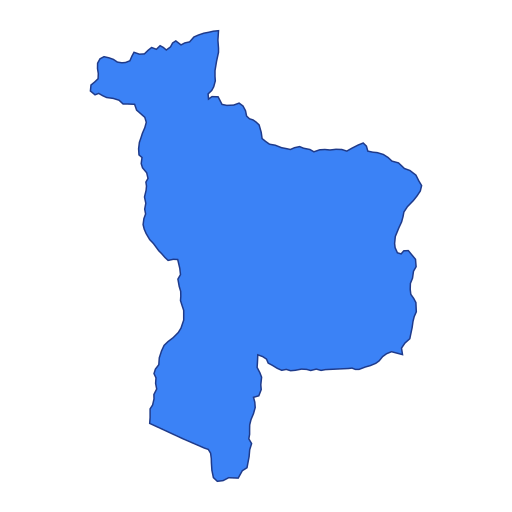 the district of General Salgado, São Paulo, Brazil
{"feature_id": "56859067B40214897962213", "entity_name": "General Salgado", "entity_type": "district", "adm_level": 2, "iso_a3": "BRA", "parent_name": "Brazil", "parent_adm1": "São Paulo", "projection": "natural_earth1", "projection_center": [-50.427, -20.643], "detail": "fine", "context": "isolated", "style": "filled", "palette": "blue", "viewbox_px": 512, "rotation_deg": 0, "n_neighbors": 0, "source": "geoboundaries", "source_scale": "gbopen_adm2", "svg_char_len": 3212}
<svg xmlns="http://www.w3.org/2000/svg" viewBox="0 0 512 512"><path d="M149.7,423.4L183.2,438.9L204.2,448.0L208.3,449.4L210.6,453.2L211.3,458.6L211.4,462.7L211.9,470.3L213.4,477.6L217.3,481.3L223.1,480.6L228.7,477.7L238.2,478.1L242.3,470.7L247.0,467.7L249.1,456.6L249.7,449.7L251.6,443.6L248.8,438.8L249.6,434.4L249.6,429.1L249.7,424.8L251.0,419.6L253.5,413.6L255.2,407.5L254.8,402.2L253.5,397.3L258.8,395.8L261.2,389.6L260.8,384.7L261.6,377.2L259.9,372.8L257.1,367.4L257.4,363.3L257.8,354.8L262.7,356.6L266.5,359.1L268.2,363.1L272.5,365.4L277.2,368.3L281.7,370.3L286.3,369.4L290.6,370.7L295.2,370.3L301.5,369.1L306.7,369.4L310.7,370.5L316.3,369.1L321.1,370.4L325.4,369.6L348.3,368.5L352.0,368.1L355.4,369.4L359.0,369.4L365.3,367.0L370.3,365.6L375.8,363.3L379.1,360.9L382.6,356.6L386.6,353.7L391.5,351.7L402.5,354.6L401.5,348.1L404.9,343.1L409.8,338.7L411.0,332.9L412.1,327.7L413.0,321.4L414.2,316.6L416.3,311.8L416.1,307.3L415.9,302.6L413.8,298.6L410.8,294.3L410.2,289.3L410.4,283.4L412.5,278.2L413.5,271.2L416.1,266.7L415.5,259.3L408.3,250.6L403.8,250.8L401.1,253.9L397.4,252.8L395.1,247.7L394.6,243.5L395.3,236.5L398.9,227.7L401.6,221.9L403.0,216.7L403.9,212.0L407.4,206.7L413.3,200.6L416.9,196.1L420.3,191.0L421.6,185.6L418.7,180.7L415.9,175.1L409.9,170.5L404.4,168.5L398.5,162.9L391.9,161.1L388.2,157.6L383.4,154.5L377.2,152.6L372.8,152.2L367.8,151.1L366.4,146.1L363.2,143.0L358.2,145.0L351.9,148.2L346.8,151.1L341.8,149.5L336.0,149.3L330.0,150.0L324.9,149.5L319.7,149.8L313.9,151.8L309.9,149.5L303.5,148.2L299.6,146.6L294.5,147.7L290.4,149.5L286.3,148.6L281.6,147.7L275.2,145.2L269.5,144.2L265.7,141.5L262.1,138.6L261.2,132.3L259.1,124.9L256.0,122.0L253.0,119.9L249.5,118.8L246.6,116.1L245.5,110.7L243.0,106.0L239.1,103.1L233.6,105.1L226.8,105.4L222.0,104.4L218.1,96.8L212.0,96.6L208.5,99.1L208.1,93.9L211.7,90.5L213.7,86.8L215.3,80.9L215.0,76.4L215.0,70.6L216.6,61.0L218.5,52.3L218.5,48.2L217.9,40.2L218.5,30.7L213.4,31.2L208.6,32.3L203.8,33.2L198.5,35.0L193.9,37.0L189.6,41.9L184.9,42.9L181.0,44.9L175.8,40.9L172.6,43.0L170.5,46.9L166.3,50.0L163.4,47.5L160.1,45.7L156.4,49.3L151.6,47.5L148.2,50.2L144.4,53.9L139.4,54.2L134.0,52.3L132.0,56.0L129.9,60.8L125.5,62.5L121.9,62.8L117.4,62.1L113.4,59.4L108.9,57.8L104.0,56.7L100.0,58.8L97.6,63.2L97.5,68.5L98.3,73.5L98.1,78.7L94.7,82.0L91.0,85.0L90.4,91.0L95.0,94.8L98.7,93.4L102.7,95.7L106.6,97.5L113.2,98.4L119.0,100.2L123.1,104.0L127.9,104.0L134.6,104.3L136.6,110.1L144.8,117.3L146.3,122.3L144.8,127.7L142.4,133.3L141.1,137.4L139.4,142.3L138.6,148.8L139.0,154.9L142.0,157.5L141.2,163.6L142.5,167.8L146.7,172.8L148.0,178.4L145.9,182.1L146.5,186.1L146.1,190.3L144.5,197.0L145.8,203.3L144.7,209.1L145.6,214.0L143.9,218.6L143.1,224.6L144.2,229.1L146.1,233.5L149.7,239.6L153.5,243.6L158.8,250.8L161.5,253.5L165.0,257.5L168.1,260.4L173.3,259.3L177.7,259.5L179.8,268.4L180.5,274.6L177.9,279.1L179.2,286.4L180.7,291.4L180.8,296.3L180.5,300.6L182.2,305.9L183.7,310.4L183.7,320.1L181.0,328.1L178.3,332.5L173.0,337.8L168.0,341.6L164.1,345.4L161.5,351.0L159.3,357.8L158.8,364.7L155.4,369.1L154.0,373.6L156.0,377.9L155.6,383.3L156.7,389.0L153.9,394.5L154.0,399.0L152.6,405.0L150.1,408.9L150.1,417.6L149.7,423.4Z" fill="#3b82f6" stroke="#1e3a8a" stroke-width="1.5"/></svg>